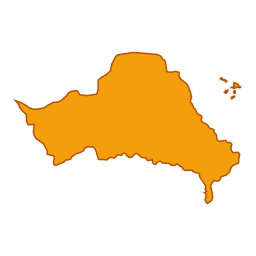 Kunak, Sabah, Malaysia
{"feature_id": "92858781B10132292463184", "entity_name": "Kunak", "entity_type": "district", "adm_level": 2, "iso_a3": "MYS", "parent_name": "Malaysia", "parent_adm1": "Sabah", "projection": "albers", "projection_center": [118.158, 4.693], "detail": "fine", "context": "isolated", "style": "filled", "palette": "amber", "viewbox_px": 256, "rotation_deg": 0, "n_neighbors": 0, "source": "geoboundaries", "source_scale": "gbopen_adm2", "svg_char_len": 4561}
<svg xmlns="http://www.w3.org/2000/svg" viewBox="0 0 256 256"><path d="M47.1,154.1L50.8,155.3L52.8,155.5L54.1,156.3L54.2,158.3L53.8,160.2L53.6,162.0L53.6,163.8L54.5,164.9L55.8,165.5L57.5,164.8L59.6,163.6L62.2,162.9L64.1,161.9L65.2,160.5L67.1,159.8L69.2,159.8L70.8,158.8L71.8,156.8L73.6,155.5L75.9,153.9L79.8,152.6L81.8,151.8L83.6,150.6L84.1,148.8L86.6,147.3L88.6,146.5L89.9,147.1L91.6,146.9L93.5,146.9L94.8,148.5L96.5,152.2L96.9,154.5L97.8,157.1L98.5,159.3L100.5,159.6L103.1,159.5L105.1,159.8L107.1,159.8L108.8,158.1L110.6,157.3L113.1,157.8L114.6,158.1L115.8,156.6L117.3,154.8L119.5,155.1L121.6,155.3L122.2,154.3L123.8,153.2L125.8,153.6L126.1,154.8L127.1,155.9L128.3,156.9L130.1,157.6L131.5,157.3L133.2,155.9L134.8,153.9L136.5,153.4L138.1,154.5L140.5,156.4L141.6,157.4L143.9,157.8L145.5,157.8L147.2,160.2L148.9,160.6L152.3,159.6L152.6,162.2L153.6,163.9L154.9,164.6L156.0,164.2L156.8,162.6L158.3,161.9L160.0,161.1L161.3,161.9L162.0,162.9L164.9,163.2L167.2,163.2L169.2,163.6L170.9,164.9L172.9,165.5L175.2,165.2L177.0,163.8L179.0,165.4L180.3,166.4L182.2,167.1L182.9,169.1L184.5,170.1L186.5,170.4L189.0,170.4L191.2,170.2L192.5,170.2L193.5,171.5L193.2,171.7L195.3,172.6L196.9,172.8L198.0,172.9L199.5,174.1L199.6,175.9L199.8,177.1L201.5,179.5L202.6,180.8L203.6,182.8L205.5,185.5L205.8,188.1L205.0,189.2L206.6,191.2L205.5,192.1L204.3,192.6L205.6,193.6L206.3,196.3L205.5,197.8L205.0,199.6L205.8,201.8L207.3,203.5L210.4,201.5L211.7,200.2L211.7,199.7L212.6,198.0L212.4,196.2L212.4,193.3L211.7,191.0L211.1,188.4L210.6,185.9L211.5,183.9L213.3,181.0L214.9,180.8L216.6,181.0L218.9,180.8L220.2,179.4L220.9,177.0L224.2,175.6L225.8,175.4L229.4,172.3L230.5,169.4L231.4,167.1L233.6,165.1L235.8,164.0L237.2,163.8L238.5,162.9L238.7,160.9L238.7,159.1L239.6,154.6L239.4,153.5L237.8,152.2L234.7,152.6L232.9,152.6L231.4,150.4L230.9,148.0L231.8,144.2L229.8,142.4L227.1,142.4L225.6,140.4L224.0,140.6L219.8,141.3L218.6,141.0L216.9,139.5L216.6,137.0L216.4,134.8L215.3,133.7L214.0,132.1L214.0,130.1L212.4,128.8L210.8,128.8L209.3,127.7L208.2,125.9L206.8,124.3L204.1,123.0L201.7,121.6L201.0,119.4L201.9,118.1L201.9,116.7L200.6,115.2L198.8,114.5L197.2,113.4L195.2,109.1L193.9,108.2L193.0,105.8L192.0,103.9L190.3,101.9L190.5,100.1L191.3,98.4L191.5,96.7L190.5,92.2L189.3,89.7L187.9,85.4L186.5,83.7L184.9,82.4L182.5,80.5L180.6,78.9L179.0,76.4L178.9,74.4L179.2,72.4L177.0,71.7L175.2,71.4L172.6,72.1L168.6,72.1L166.6,71.4L166.6,69.4L166.1,67.1L165.9,64.7L164.9,60.4L162.9,59.5L161.8,57.5L160.5,56.0L157.3,54.5L150.1,53.8L141.9,53.1L132.9,52.5L117.6,54.9L115.5,56.7L111.8,64.2L110.5,70.9L105.8,74.9L101.4,77.4L98.1,80.2L98.2,89.1L96.8,94.1L87.5,95.6L83.9,95.2L79.8,94.9L78.6,92.8L77.1,90.6L72.5,91.1L68.9,92.4L66.2,96.0L60.4,101.1L57.1,102.1L53.1,102.5L47.9,105.2L43.9,107.9L36.5,109.3L32.8,109.1L28.6,107.6L27.2,106.2L25.4,105.1L22.1,103.3L21.1,102.6L15.4,100.6L18.7,104.4L19.8,107.5L22.5,111.1L26.3,114.4L26.5,116.9L26.5,121.1L28.1,124.7L34.3,124.5L33.4,132.3L34.3,135.6L36.3,138.8L40.3,141.5L43.7,143.9L47.2,150.8L47.2,153.5L47.1,154.1ZM240.4,86.9L240.2,86.7L239.9,86.5L239.0,86.1L238.6,85.4L238.3,84.5L237.8,84.1L236.8,83.6L235.8,83.3L235.3,83.1L234.5,82.9L234.0,82.8L233.9,83.1L234.1,83.4L234.3,83.5L234.1,83.9L233.7,84.4L233.6,84.9L233.9,85.1L234.2,85.4L234.3,85.8L234.2,86.3L233.6,86.7L233.8,87.2L234.0,87.4L233.9,87.5L233.0,87.3L232.1,87.3L231.3,87.3L231.1,87.6L231.7,87.7L232.3,87.7L232.7,87.9L233.8,88.2L234.2,88.5L234.9,88.0L235.4,87.7L235.9,87.4L236.3,87.6L237.0,87.4L237.9,87.3L238.6,87.3L239.1,87.6L239.6,87.8L240.6,87.3L240.4,86.9ZM223.5,79.5L223.0,79.3L222.5,78.7L222.2,78.3L221.8,78.1L221.2,78.0L220.6,78.0L220.3,78.5L220.3,78.9L220.9,79.4L221.2,79.7L221.5,79.7L222.2,79.7L223.2,80.1L223.6,80.4L224.4,80.7L224.9,81.0L225.3,81.3L225.8,82.0L226.4,81.8L226.8,81.1L226.0,80.4L225.6,80.3L225.3,80.0L224.8,79.6L224.1,79.6L223.5,79.5ZM227.8,90.0L227.3,90.2L226.9,90.4L226.6,90.4L225.9,90.4L225.7,90.4L225.5,90.6L225.8,90.9L225.8,91.6L225.7,91.9L224.7,92.0L224.4,92.4L224.7,92.6L225.2,92.5L225.7,92.5L225.8,93.2L226.3,93.2L226.6,92.7L226.7,92.3L226.8,91.9L227.2,91.7L227.7,91.4L227.7,91.0L227.8,90.6L227.8,90.0ZM232.3,98.5L232.7,98.2L233.0,97.8L233.3,97.5L233.8,97.3L234.5,97.0L234.7,96.2L234.4,96.1L233.6,96.4L232.8,96.6L232.1,96.8L231.9,97.1L231.4,97.3L231.3,97.5L231.3,97.9L231.3,98.4L231.4,98.7L231.7,98.9L232.3,98.5ZM234.6,93.1L235.1,93.0L235.4,93.0L235.1,92.0L235.1,91.6L235.1,91.1L235.1,90.7L234.9,90.4L234.5,90.5L234.5,90.8L234.6,91.3L234.6,91.6L234.0,91.9L233.6,92.0L233.5,92.3L233.8,92.6L234.0,93.0L234.1,93.4L234.6,93.1Z" fill="#f59e0b" stroke="#b45309" stroke-width="1.5"/></svg>